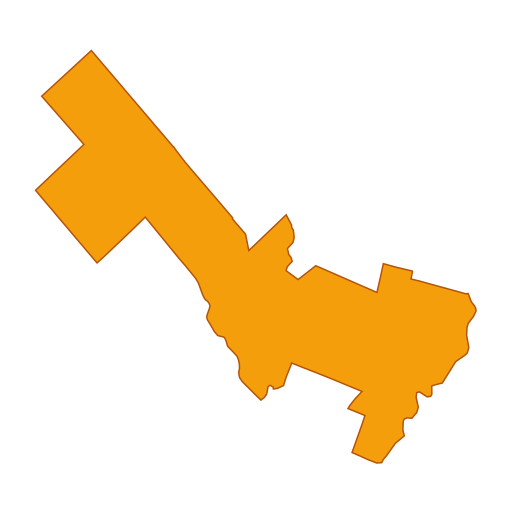 the district of Buzescu, Teleorman, Romania, rotated 88°
{"feature_id": "2599482B13820587826100", "entity_name": "Buzescu", "entity_type": "district", "adm_level": 2, "iso_a3": "ROU", "parent_name": "Romania", "parent_adm1": "Teleorman", "projection": "equal_earth", "projection_center": [25.223, 43.976], "detail": "fine", "context": "isolated", "style": "filled", "palette": "amber", "viewbox_px": 512, "rotation_deg": 88, "n_neighbors": 0, "source": "geoboundaries", "source_scale": "gbopen_adm2", "svg_char_len": 1967}
<svg xmlns="http://www.w3.org/2000/svg" viewBox="0 0 512 512"><g transform="rotate(88 256 256)"><path d="M466.9,137.6L463.7,135.8L459.9,132.3L448.2,123.4L440.9,114.1L434.9,115.3L426.4,114.6L424.4,113.8L423.0,110.9L423.6,105.9L418.0,100.8L412.8,99.1L402.6,100.9L398.1,100.2L397.5,97.4L402.7,89.9L402.4,86.4L400.4,85.1L392.1,84.9L391.3,82.8L389.4,74.2L368.5,60.1L362.0,50.0L360.3,48.3L355.0,46.5L342.5,48.3L334.8,47.6L330.8,46.3L323.9,40.7L318.7,38.1L318.4,38.0L316.3,38.2L313.6,39.3L309.3,42.4L300.9,45.3L301.1,47.6L290.7,80.9L286.7,93.6L284.4,101.9L276.8,100.1L276.4,100.6L272.3,115.6L268.1,129.0L280.8,132.2L296.6,136.4L296.1,137.6L267.8,196.6L281.0,214.8L271.8,226.3L270.7,226.3L267.5,224.8L262.5,220.0L258.5,221.1L255.6,223.2L249.6,224.3L243.8,218.6L239.3,217.3L236.9,217.3L231.3,217.8L228.8,219.3L226.3,219.4L223.1,220.9L215.9,224.4L250.3,263.0L233.8,265.7L218.2,278.2L217.2,277.9L210.1,283.5L169.2,316.1L159.7,323.6L148.5,331.6L144.2,334.4L144.3,334.6L44.9,413.4L88.8,464.6L101.6,454.2L138.5,424.1L163.9,452.9L182.6,474.0L183.3,473.6L183.7,473.2L194.4,464.8L206.0,455.6L207.5,454.5L257.4,415.1L251.5,408.1L229.6,383.4L213.3,365.3L256.4,332.5L264.2,326.2L276.4,317.0L280.6,314.7L286.3,312.8L292.5,310.8L297.1,308.7L298.5,307.5L299.2,306.3L301.7,304.5L304.3,303.7L307.1,304.5L310.8,306.0L314.1,307.2L315.7,307.3L318.0,306.8L324.6,303.1L330.0,300.3L334.1,297.1L335.0,294.3L335.8,291.2L336.9,290.0L340.2,288.8L345.2,287.5L351.0,282.3L355.2,278.6L358.9,277.2L363.3,276.4L367.7,276.4L371.5,277.3L374.6,277.1L377.2,276.5L381.2,274.0L386.3,269.2L394.9,261.2L400.2,256.1L397.5,252.5L394.5,250.2L386.8,248.4L385.7,246.4L387.6,243.4L389.5,243.3L389.1,239.4L387.6,235.6L386.4,233.0L377.9,230.0L368.2,225.7L364.2,224.1L369.7,211.6L379.7,188.5L394.2,156.6L395.1,154.8L402.0,161.8L405.9,165.1L408.7,167.5L411.7,169.4L419.2,152.7L428.2,156.0L455.8,166.9L460.0,158.0L463.5,151.0L467.1,142.6L467.0,140.1L466.9,137.6Z" fill="#f59e0b" stroke="#b45309" stroke-width="1.5"/></g></svg>